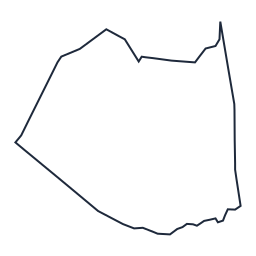 Quipapá, Pernambuco, Brazil
{"feature_id": "56859067B62016250884699", "entity_name": "Quipapá", "entity_type": "district", "adm_level": 2, "iso_a3": "BRA", "parent_name": "Brazil", "parent_adm1": "Pernambuco", "projection": "albers", "projection_center": [-36.015, -8.831], "detail": "fine", "context": "isolated", "style": "outline", "palette": "slate", "viewbox_px": 256, "rotation_deg": 0, "n_neighbors": 0, "source": "geoboundaries", "source_scale": "gbopen_adm2", "svg_char_len": 756}
<svg xmlns="http://www.w3.org/2000/svg" viewBox="0 0 256 256"><path d="M134.1,228.4L142.8,227.8L153.8,232.1L157.6,233.7L170.0,234.4L177.2,229.0L182.5,227.1L186.9,223.9L193.0,224.3L196.9,225.7L200.6,223.3L204.1,220.9L209.5,219.8L215.5,218.4L217.9,222.3L223.0,220.6L225.0,215.4L227.8,209.3L235.1,209.6L240.6,205.9L236.5,179.2L235.1,169.6L235.1,163.2L234.7,140.3L234.5,110.5L234.3,104.0L228.4,69.6L220.3,21.6L219.5,39.3L215.5,46.0L205.6,48.5L199.2,56.8L195.0,62.4L171.4,60.6L152.8,58.1L145.8,57.3L141.7,56.7L138.7,61.5L124.8,39.3L118.6,36.0L106.3,29.3L79.8,48.9L61.3,56.6L57.5,62.3L53.0,71.4L27.9,121.8L21.2,135.4L15.4,142.4L19.1,145.5L24.6,150.1L27.9,152.8L61.8,180.8L98.2,211.1L123.0,224.1L134.1,228.4Z" fill="none" stroke="#1e293b" stroke-width="2"/></svg>